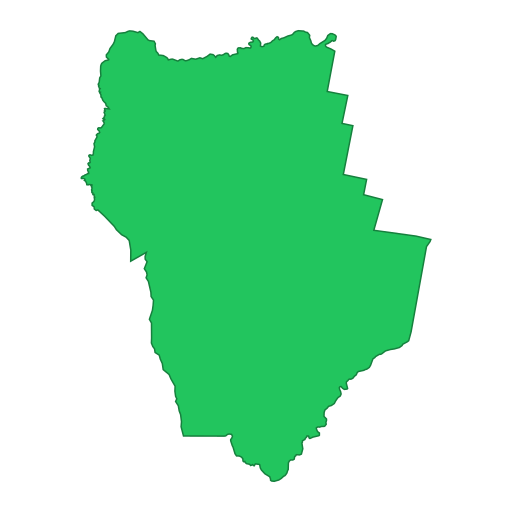 the district of La Cocha, Tucumán, Argentina
{"feature_id": "61730980B81092064808968", "entity_name": "La Cocha", "entity_type": "district", "adm_level": 2, "iso_a3": "ARG", "parent_name": "Argentina", "parent_adm1": "Tucumán", "projection": "orthographic", "projection_center": [-65.63, -27.811], "detail": "fine", "context": "isolated", "style": "filled", "palette": "green", "viewbox_px": 512, "rotation_deg": 0, "n_neighbors": 0, "source": "geoboundaries", "source_scale": "gbopen_adm2", "svg_char_len": 5838}
<svg xmlns="http://www.w3.org/2000/svg" viewBox="0 0 512 512"><path d="M312.6,44.6L311.5,43.3L310.7,40.5L309.6,38.1L309.4,37.3L309.7,35.3L308.0,33.1L307.2,32.4L305.6,32.2L303.7,31.1L298.3,30.7L295.7,31.5L294.3,32.4L292.7,34.3L291.6,35.0L287.9,36.0L283.7,37.9L281.2,38.5L279.6,39.8L278.6,39.2L278.6,37.9L278.2,37.2L277.1,36.7L275.6,37.9L274.2,39.8L272.4,40.9L271.1,42.3L269.1,43.3L267.5,43.5L267.3,43.9L266.1,43.9L264.8,44.4L264.3,44.9L263.9,46.2L262.7,46.6L261.5,46.6L260.4,46.0L260.7,43.1L259.6,41.0L258.6,40.1L257.2,38.1L256.6,37.9L254.8,38.5L254.1,38.3L252.8,37.2L252.1,37.2L251.3,38.3L251.2,39.0L253.1,40.1L253.4,41.1L252.7,42.0L250.3,42.3L248.8,43.3L249.0,44.5L250.9,45.8L251.1,46.8L250.7,47.8L250.0,48.2L249.0,47.8L245.9,47.6L244.2,48.5L243.2,48.6L241.6,48.3L241.2,48.5L240.7,47.8L238.4,47.9L237.8,48.3L237.3,49.3L237.5,52.3L237.9,52.7L237.8,53.6L232.6,54.8L230.2,56.5L229.3,56.2L228.7,54.7L227.8,53.5L226.1,53.2L225.1,53.5L223.3,54.7L221.5,55.3L219.6,54.9L217.2,55.5L215.7,57.3L214.4,55.7L213.0,54.6L210.1,54.1L207.1,56.4L202.7,58.7L199.9,57.8L195.7,59.2L191.4,58.4L189.3,59.7L186.8,60.6L185.3,60.8L182.8,59.4L181.5,59.4L179.6,59.9L178.3,60.9L177.6,61.0L172.6,59.1L171.1,59.2L168.3,59.9L167.7,58.5L166.7,57.5L163.4,55.6L160.6,55.2L158.9,55.2L157.7,53.0L156.5,51.8L155.9,50.6L155.1,45.5L155.4,43.8L154.0,41.2L149.5,40.6L148.1,40.0L142.9,33.8L140.0,31.5L139.4,31.6L138.5,32.4L137.8,32.6L133.0,31.2L129.7,30.9L128.1,31.3L125.3,32.6L118.2,33.4L115.8,35.8L114.4,41.7L113.1,44.3L110.0,48.5L108.8,51.9L106.3,54.9L106.4,57.1L108.7,59.3L108.7,59.7L108.0,60.1L105.2,60.7L102.0,63.1L101.3,64.2L100.7,66.1L100.5,71.1L100.9,75.9L99.7,77.9L99.2,82.4L98.2,84.2L98.9,85.4L98.5,85.9L99.3,88.0L100.1,88.6L99.5,89.1L99.6,89.6L99.1,91.3L99.3,91.8L100.4,92.2L99.8,92.9L100.9,94.7L101.0,97.0L102.0,98.0L102.7,100.0L103.8,101.5L105.7,103.4L106.2,105.7L107.7,106.7L109.2,108.9L104.9,108.4L104.5,108.6L105.1,110.9L104.5,110.9L104.6,111.7L104.1,112.3L105.0,114.7L105.1,115.4L104.4,116.0L104.4,116.6L104.0,117.4L104.3,117.9L103.3,118.2L102.9,118.7L104.6,119.7L103.8,120.2L103.6,121.0L103.0,121.0L104.2,122.8L104.1,123.9L101.4,127.6L100.7,127.9L98.6,127.8L97.8,128.4L97.7,129.5L99.2,131.0L99.7,132.5L98.9,133.3L97.7,133.6L96.4,134.9L96.4,135.4L96.9,135.8L97.0,136.4L96.8,137.4L94.9,140.7L94.9,141.9L94.0,143.7L94.6,146.8L93.4,151.6L93.4,153.3L93.0,155.0L91.4,155.3L90.0,154.8L89.2,155.1L88.8,155.8L89.0,156.5L90.0,157.8L90.3,158.7L89.8,160.3L90.2,162.4L89.7,162.9L88.6,162.9L88.0,163.7L88.5,165.1L89.6,166.3L90.2,167.8L87.6,169.0L87.7,170.6L88.6,172.1L88.4,172.6L88.6,173.5L87.7,173.6L86.2,174.6L85.2,174.8L83.7,176.0L83.2,175.9L82.5,176.3L81.6,177.0L81.2,178.0L81.4,178.5L83.8,178.5L84.7,178.9L85.0,179.8L84.4,180.4L85.6,181.2L86.6,183.3L86.8,184.7L88.2,184.9L88.9,184.5L91.9,184.8L92.0,185.2L91.1,185.8L91.8,186.7L91.6,187.1L92.0,187.6L91.9,189.1L91.6,189.5L91.7,190.6L92.1,190.8L91.8,191.6L91.9,192.6L92.8,192.9L92.9,194.5L94.0,194.5L94.1,196.0L94.8,197.2L94.2,197.7L94.6,199.1L94.2,201.0L93.6,201.8L92.1,203.1L92.1,205.4L94.1,206.8L94.3,209.0L96.2,210.5L97.8,209.9L104.6,216.2L114.4,226.5L116.4,229.7L121.6,234.7L126.2,237.2L129.2,240.5L130.8,250.1L130.7,261.2L146.4,252.3L145.1,256.5L145.2,259.2L147.1,261.7L144.3,268.7L146.5,272.0L147.1,274.9L146.1,277.8L148.4,281.4L150.9,292.3L151.1,296.5L153.5,300.1L153.1,305.4L152.4,310.4L149.4,319.3L151.5,323.0L151.6,338.2L151.4,343.0L152.8,346.5L154.5,348.8L155.1,352.5L159.2,355.1L160.3,359.1L162.3,363.5L163.2,369.6L169.1,374.5L170.9,378.8L175.1,386.2L174.9,391.1L175.6,396.3L176.8,398.8L175.6,401.5L178.3,405.7L179.2,410.9L180.6,414.6L181.5,421.7L181.1,426.7L183.5,436.0L224.3,436.1L225.7,435.9L227.5,434.4L229.0,434.0L231.4,434.3L232.3,435.7L232.4,436.5L231.7,438.3L230.7,439.5L230.7,440.8L232.3,445.7L233.1,447.3L235.0,453.7L236.5,455.9L239.3,456.0L241.5,457.1L242.8,458.7L243.0,461.0L243.6,461.7L244.8,461.4L245.1,462.3L246.4,463.6L249.7,464.3L250.6,465.5L252.1,465.0L252.5,464.6L253.8,465.7L254.4,465.7L254.7,464.8L255.4,463.9L259.3,464.4L259.7,464.7L260.3,467.9L261.4,470.0L264.9,473.8L269.7,476.7L270.5,478.9L270.6,480.3L271.6,481.0L274.2,481.3L278.8,480.0L281.3,478.4L283.7,476.2L284.7,475.8L285.6,474.9L286.9,473.0L287.6,470.6L288.2,469.6L288.4,462.8L289.3,461.1L290.5,460.0L292.8,460.0L294.2,459.2L294.7,456.5L295.7,455.9L296.3,454.7L299.6,454.9L301.4,454.1L302.8,448.8L301.9,443.0L302.4,442.2L302.5,440.7L304.9,439.5L305.2,438.5L306.9,436.6L306.9,436.1L308.0,435.9L308.6,436.1L309.1,437.9L309.6,438.4L310.1,438.4L313.0,437.1L318.9,435.7L319.4,435.2L319.4,433.0L317.7,431.7L317.1,430.7L316.3,428.5L316.4,427.7L317.9,426.9L319.7,427.1L321.3,426.5L324.1,426.4L324.8,426.1L326.2,424.3L325.9,422.3L326.5,420.5L326.5,419.0L324.0,416.4L324.1,412.6L324.9,410.0L327.1,408.2L328.6,406.3L331.4,405.5L334.3,403.5L335.7,400.8L337.5,398.2L338.3,397.3L340.0,396.3L340.5,395.5L341.1,394.0L340.5,391.2L339.8,390.0L339.4,388.4L339.3,387.7L339.7,386.9L341.0,386.5L342.6,388.3L344.3,389.4L347.0,389.1L347.6,388.5L346.3,383.3L346.4,382.0L346.8,381.4L347.5,381.0L348.8,379.4L349.4,379.1L350.9,379.2L352.8,378.3L354.5,376.2L356.2,374.9L357.3,372.4L358.5,371.5L364.0,370.3L364.6,369.8L366.9,369.1L369.3,367.4L370.6,365.2L372.9,358.9L374.9,357.5L375.5,356.6L379.4,354.3L380.6,354.3L381.6,353.9L385.5,350.9L390.4,349.5L394.4,348.9L399.4,347.5L402.0,345.6L402.8,344.2L407.3,341.8L408.7,340.7L411.1,331.8L426.5,246.6L430.0,241.6L430.8,239.5L416.0,236.1L373.8,230.3L382.5,199.6L363.6,194.7L366.6,179.4L343.3,174.5L352.9,125.7L342.0,123.4L347.8,95.5L327.2,91.5L334.8,51.2L331.0,49.0L326.5,47.1L325.6,46.1L325.4,44.8L325.9,44.2L328.1,43.5L328.5,43.0L329.6,42.6L331.4,41.2L331.6,40.7L332.5,40.6L333.6,41.2L335.0,40.7L335.6,39.7L336.2,36.5L335.8,35.7L334.9,34.9L332.3,33.7L330.4,33.6L327.8,35.5L326.7,38.2L325.0,40.4L319.9,43.6L317.9,45.4L315.4,46.1L313.9,45.6L312.6,44.6Z" fill="#22c55e" stroke="#15803d" stroke-width="1.5"/></svg>